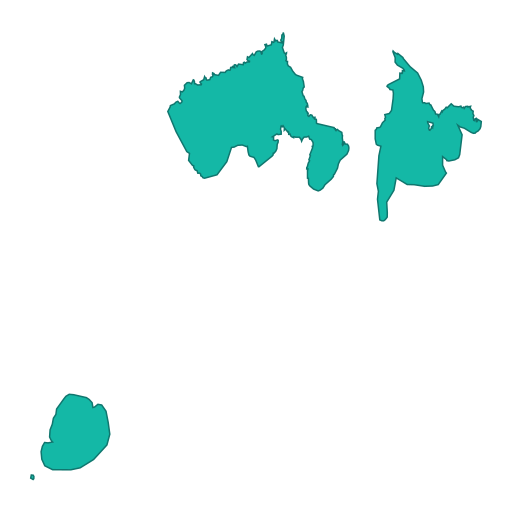 Rewa, Central, Fiji
{"feature_id": "14151628B39642918357252", "entity_name": "Rewa", "entity_type": "district", "adm_level": 2, "iso_a3": "FJI", "parent_name": "Fiji", "parent_adm1": "Central", "projection": "equal_earth", "projection_center": [178.419, -18.226], "detail": "fine", "context": "isolated", "style": "filled", "palette": "teal", "viewbox_px": 512, "rotation_deg": 0, "n_neighbors": 0, "source": "geoboundaries", "source_scale": "gbopen_adm2", "svg_char_len": 5923}
<svg xmlns="http://www.w3.org/2000/svg" viewBox="0 0 512 512"><path d="M204.6,178.2L217.0,174.8L226.8,161.7L231.5,147.4L234.1,147.1L237.7,145.3L242.3,145.0L246.4,146.6L247.4,146.3L248.1,151.7L248.9,155.0L250.0,156.2L254.0,157.4L255.7,160.1L258.4,166.7L258.9,166.8L272.0,156.2L273.0,155.1L273.3,153.2L273.9,153.3L275.7,151.3L276.9,148.7L277.2,144.4L278.1,142.3L278.2,140.3L277.5,139.9L275.2,140.7L273.5,140.1L273.6,137.0L272.5,136.8L276.9,133.9L278.1,134.6L281.2,134.2L281.2,131.5L280.5,129.2L281.0,126.3L281.2,125.9L282.2,126.8L283.0,125.7L284.4,127.9L284.3,130.1L285.3,129.0L287.7,131.9L288.0,131.5L288.6,132.0L288.7,134.3L290.1,134.1L290.5,135.6L291.5,136.7L293.7,137.7L293.9,136.7L295.6,137.2L299.4,137.2L301.1,139.6L301.6,141.2L302.6,138.9L304.1,137.1L306.7,137.0L308.6,136.2L309.7,139.1L311.4,139.6L313.1,142.6L313.1,145.9L312.2,146.3L312.6,147.7L309.8,154.9L310.4,155.6L308.9,159.8L309.6,160.8L308.3,163.0L307.3,166.8L306.8,167.4L306.7,168.9L307.9,168.9L307.8,169.8L307.5,169.9L307.5,178.2L308.4,178.3L308.6,183.2L308.9,184.6L309.9,186.0L313.6,189.1L318.2,190.9L320.1,190.2L322.9,188.1L325.0,184.7L331.2,179.2L333.4,176.5L333.6,174.6L334.4,174.2L337.5,168.2L338.4,163.9L340.2,160.1L346.9,154.2L348.6,150.4L348.9,148.0L348.6,146.1L347.4,144.2L345.3,144.1L344.2,141.9L343.6,141.9L343.7,144.1L342.7,145.4L342.3,144.5L342.8,141.4L342.3,138.0L342.5,135.5L342.1,134.9L341.8,132.4L338.5,130.5L337.4,129.4L336.6,129.6L336.0,130.6L335.3,129.8L335.3,128.7L334.4,128.6L334.1,127.6L317.1,123.6L316.5,123.2L316.4,119.8L316.2,119.3L314.5,119.0L314.2,118.4L314.9,118.0L315.0,117.3L313.2,117.4L311.8,115.1L310.3,114.8L308.9,116.4L307.8,115.6L308.2,113.2L307.4,113.1L307.2,111.9L306.4,111.2L305.8,108.8L306.1,106.9L307.4,106.9L306.6,106.1L306.9,105.7L307.8,106.5L307.9,106.2L307.5,104.4L307.3,103.3L306.3,102.3L306.0,100.4L304.9,99.1L304.0,96.2L303.2,95.8L301.9,91.5L302.6,90.7L303.2,88.0L304.2,87.0L303.4,81.5L302.4,78.8L302.7,77.4L296.4,75.1L295.3,74.3L292.7,71.1L290.6,67.3L288.3,65.9L287.4,64.0L287.5,61.4L286.5,61.3L285.9,60.6L286.4,59.5L286.4,57.4L285.6,54.8L286.4,53.9L286.5,52.8L285.4,53.5L284.3,53.0L282.4,47.5L283.3,45.0L284.2,36.1L283.3,32.5L282.9,34.2L281.9,35.0L281.7,38.5L280.8,40.0L281.0,41.0L282.5,41.7L282.4,43.0L277.8,42.0L277.4,40.6L277.0,40.3L275.7,40.9L274.5,38.9L274.0,42.0L273.5,42.4L271.9,41.7L271.3,44.8L267.4,46.0L267.0,45.8L266.5,44.2L264.9,44.6L265.8,47.0L265.7,48.0L264.2,50.0L262.0,51.5L262.1,53.7L261.5,54.0L260.9,51.9L259.9,51.0L257.8,51.1L256.3,51.8L254.2,55.4L252.9,54.6L252.5,53.6L248.9,57.5L247.5,56.8L247.0,59.5L248.2,60.8L249.5,61.2L249.4,61.9L247.0,62.0L245.2,63.1L244.3,62.2L243.5,62.7L243.2,64.7L238.5,64.1L237.0,66.6L235.8,64.9L234.9,64.7L234.2,65.1L234.1,66.5L234.6,67.7L233.1,67.5L233.6,66.3L232.9,66.3L231.8,67.5L231.0,67.3L230.6,67.8L230.3,69.9L229.8,70.3L228.4,69.9L227.2,70.4L226.1,71.1L225.2,72.4L220.6,72.3L218.5,75.4L214.7,74.7L213.9,73.5L212.6,72.9L212.5,74.1L212.9,74.1L213.0,75.0L212.5,76.7L210.7,77.3L209.8,79.7L207.0,80.2L206.1,79.1L206.2,78.1L205.2,77.7L204.6,76.6L203.7,79.7L200.1,81.8L200.1,82.6L201.5,84.0L201.2,84.8L197.6,85.0L195.4,83.7L194.6,83.7L194.4,81.4L193.8,80.0L193.3,79.8L191.4,83.8L189.1,82.5L187.1,82.7L184.4,85.3L184.7,88.2L183.9,90.3L182.3,91.9L180.4,91.3L180.5,94.6L179.4,97.1L179.5,97.8L182.0,100.8L181.9,101.9L180.3,103.5L179.6,103.4L177.8,101.3L175.9,102.2L174.3,103.9L170.4,105.6L170.1,107.1L167.8,111.5L176.1,131.7L186.8,151.6L189.5,153.4L188.6,160.4L192.5,165.4L193.7,165.8L193.7,167.3L194.6,169.1L195.3,170.0L197.1,170.7L197.8,173.2L199.7,173.2L200.6,174.1L200.8,175.8L202.1,176.5L203.0,177.8L204.6,178.2ZM481.3,121.5L477.4,119.2L477.8,120.4L476.9,121.7L476.3,121.6L476.0,118.4L474.8,119.1L474.3,120.6L473.7,120.3L473.2,117.2L473.9,115.7L472.9,113.5L473.2,111.2L471.4,110.1L471.3,109.5L470.6,108.9L470.2,107.6L470.6,106.3L467.9,107.0L467.7,106.3L465.6,106.5L464.2,108.4L463.7,107.1L462.2,107.8L461.3,107.2L460.9,106.1L458.7,106.8L453.9,106.2L451.2,103.8L447.2,107.8L446.2,107.2L444.8,109.1L442.8,110.6L442.2,111.9L441.7,111.1L440.0,114.3L439.1,114.4L438.7,116.7L437.5,114.3L435.6,114.0L434.9,111.5L433.4,110.1L430.8,104.9L429.8,104.6L429.1,103.1L425.7,103.5L424.7,102.7L422.9,102.9L422.4,102.2L421.9,98.7L423.6,92.0L423.3,86.8L421.3,80.3L417.6,73.0L410.1,66.7L403.4,58.7L402.9,57.5L397.9,53.5L397.6,54.3L394.5,52.5L393.1,51.0L392.9,51.7L395.2,57.7L395.1,62.1L397.4,65.1L402.9,68.3L404.1,69.8L404.4,70.9L402.4,70.6L402.4,72.7L402.1,72.8L402.3,73.2L402.0,73.5L399.9,73.1L399.6,78.9L388.4,84.6L387.4,85.4L387.0,86.4L389.6,88.5L389.9,89.5L392.9,90.0L393.4,93.4L393.1,98.7L391.5,110.4L389.3,113.5L384.8,114.6L385.5,117.3L384.8,118.8L385.2,120.1L382.5,122.7L380.5,126.7L379.7,127.4L376.8,127.9L376.3,129.4L375.2,130.3L375.2,138.9L376.3,144.2L377.4,145.1L380.9,146.2L378.9,155.7L376.9,183.7L378.4,191.3L377.5,199.2L379.8,219.9L381.9,220.8L383.7,220.8L385.3,219.6L387.2,217.1L387.3,212.8L386.7,202.1L393.9,190.3L396.2,177.9L407.2,184.5L414.2,184.7L424.6,186.3L432.7,186.0L438.2,184.6L446.4,173.1L445.5,171.9L442.6,165.2L442.6,156.6L446.7,159.8L446.8,160.6L448.8,161.0L454.8,159.8L458.5,157.8L459.7,154.6L462.1,134.8L457.8,125.2L460.1,126.9L464.3,128.2L471.2,132.4L473.4,133.3L475.2,133.1L476.1,132.1L478.1,131.0L480.0,128.8L480.8,126.6L481.3,121.5ZM429.4,130.2L428.6,128.2L429.3,125.9L427.7,122.8L427.6,121.6L432.9,123.1L433.3,125.3L432.6,125.8L432.9,126.7L431.7,126.8L432.1,127.7L431.5,127.4L431.3,128.7L430.1,129.6L429.9,130.3L429.4,130.2ZM92.1,402.7L89.2,399.5L86.4,397.6L73.6,394.7L69.2,394.3L65.9,396.3L63.7,399.1L56.6,409.0L55.9,414.4L53.4,418.2L52.3,424.2L50.1,429.8L49.6,437.0L51.2,440.4L52.6,442.0L48.1,442.9L44.6,442.5L42.4,446.3L41.1,451.7L41.8,459.2L44.8,465.8L52.6,469.7L70.8,469.8L80.2,467.8L93.6,459.5L106.9,445.0L109.8,434.2L108.2,422.5L106.0,411.2L101.7,405.0L97.9,404.3L94.5,407.1L92.9,407.5L92.1,402.7ZM33.8,478.7L33.9,476.5L33.2,475.2L31.3,475.0L30.7,478.1L33.1,479.5L33.8,478.7Z" fill="#14b8a6" stroke="#0f766e" stroke-width="1.5"/></svg>